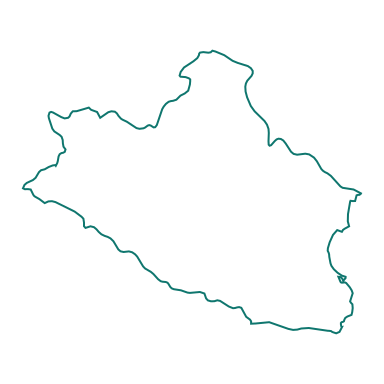 outline of Nghệ An
{"feature_id": "VNM-475", "entity_name": "Nghệ An", "entity_type": "Province", "adm_level": 1, "iso_a3": "VNM", "parent_name": "Vietnam", "parent_adm1": "", "projection": "robinson", "projection_center": [104.899, 19.281], "detail": "fine", "context": "isolated", "style": "outline", "palette": "teal", "viewbox_px": 384, "rotation_deg": 0, "n_neighbors": 0, "source": "natural_earth", "source_scale": "10m", "svg_char_len": 3349}
<svg xmlns="http://www.w3.org/2000/svg" viewBox="0 0 384 384"><path d="M208.4,52.7L210.7,52.3L212.4,50.7L215.4,51.5L224.3,55.2L232.6,60.8L237.7,62.9L247.9,66.1L250.9,68.2L252.7,70.9L252.7,73.4L251.5,75.9L247.3,80.7L245.9,83.5L245.3,86.7L245.6,91.6L247.1,97.3L250.8,106.0L254.6,111.3L264.5,121.0L267.0,124.7L268.5,128.9L268.8,133.0L268.5,141.2L268.7,144.7L269.6,145.7L271.1,145.2L274.8,141.0L276.6,139.4L278.5,138.7L280.9,139.0L283.3,140.5L285.7,143.5L291.0,151.7L293.6,153.9L297.1,154.7L305.3,153.7L309.2,154.4L314.0,157.6L316.9,161.3L321.3,169.0L323.0,170.8L324.9,172.1L327.4,173.3L330.9,175.9L340.4,186.4L342.6,187.8L353.6,189.5L361.0,193.4L360.8,193.8L359.5,194.8L357.9,194.9L356.6,195.3L355.1,201.0L352.9,201.1L350.5,200.8L350.1,201.8L348.0,214.1L347.8,221.3L349.1,226.3L344.7,228.7L343.0,229.9L341.9,231.8L337.2,230.1L333.0,234.9L329.7,242.2L327.9,248.2L327.7,250.8L328.6,252.6L329.1,254.3L329.3,256.9L330.5,263.3L331.4,265.8L333.8,269.2L337.5,272.7L341.8,275.6L345.6,276.8L345.6,278.0L343.2,280.9L342.5,279.1L341.5,277.8L340.1,277.0L338.4,276.8L340.3,281.4L340.8,282.3L341.9,282.7L344.9,282.4L346.2,283.0L349.8,287.3L351.7,290.4L352.7,293.2L350.1,301.4L350.9,302.7L352.4,304.3L352.7,308.1L352.2,312.2L351.5,314.9L347.4,316.5L345.3,317.9L344.4,319.6L343.9,321.3L342.8,321.9L341.6,322.2L340.9,323.0L340.9,324.3L341.2,326.0L341.6,327.2L342.0,327.1L339.5,331.9L336.2,333.3L332.3,332.0L331.1,331.1L328.9,330.8L328.0,330.8L308.8,328.0L301.3,328.5L297.3,329.6L293.1,329.9L288.4,328.9L269.2,322.2L255.6,323.5L251.1,323.7L251.1,321.3L250.0,319.6L246.2,316.8L241.3,307.8L239.1,307.1L237.1,307.4L235.1,308.0L233.0,308.2L228.8,306.5L220.1,300.9L217.3,300.3L214.4,301.2L211.0,301.3L207.9,300.4L206.1,298.4L204.4,293.5L199.9,292.0L189.9,292.9L187.5,292.6L180.9,290.3L173.8,289.2L171.8,288.4L170.4,287.1L168.4,283.8L167.5,282.7L165.8,282.0L162.5,281.7L160.7,281.2L158.1,279.2L153.4,274.0L150.9,271.9L145.1,268.5L143.1,266.4L137.2,256.6L135.1,254.3L132.2,252.3L128.9,251.4L123.6,252.0L120.5,251.3L118.3,249.4L113.4,241.2L110.5,238.4L107.7,236.9L104.7,235.9L101.4,234.3L98.7,231.9L96.5,229.3L94.0,227.2L90.5,226.3L85.5,227.9L84.0,226.2L84.0,222.6L83.4,218.7L81.6,216.8L74.7,211.6L55.5,202.1L52.0,201.2L48.4,201.4L44.7,203.1L39.4,199.1L35.0,196.6L33.8,195.6L33.0,194.2L30.7,189.5L27.9,189.1L24.8,189.2L23.0,188.3L24.5,184.9L26.8,182.9L33.0,180.0L35.6,177.8L39.0,172.1L41.1,170.2L44.7,169.3L48.7,167.0L52.8,165.4L55.3,165.1L55.8,165.8L57.3,162.9L57.8,161.0L58.6,156.4L59.7,154.2L61.4,153.1L63.3,152.7L64.8,151.8L65.5,149.4L63.5,146.7L62.9,143.4L62.7,140.0L61.6,136.8L59.7,135.0L54.3,131.4L52.3,128.6L48.9,118.2L48.5,115.8L49.5,112.6L51.1,111.9L53.0,112.5L61.3,117.1L64.6,118.4L68.1,117.8L69.5,116.5L70.8,113.6L71.9,112.3L72.8,111.3L76.6,111.2L83.8,109.1L88.8,107.6L91.1,109.8L97.1,112.0L100.2,117.8L108.3,112.2L111.4,111.3L114.9,111.7L116.9,113.4L118.5,115.9L120.9,118.6L122.4,119.6L126.8,121.7L136.5,128.1L139.5,128.8L143.5,128.3L145.0,127.6L147.7,125.6L149.2,125.1L150.7,125.5L153.6,127.4L155.2,127.2L156.8,125.1L162.2,109.2L163.7,106.6L165.9,103.9L168.6,101.8L170.8,101.1L173.1,100.8L176.4,99.7L180.5,95.6L184.7,93.5L188.2,90.7L189.9,84.5L190.2,81.2L190.2,79.4L188.9,78.3L185.6,77.1L180.5,76.7L179.6,75.6L180.7,71.9L184.0,67.5L193.4,61.3L197.3,58.1L198.9,55.3L199.2,53.6L200.0,52.6L203.3,52.1L208.4,52.7Z" fill="none" stroke="#0f766e" stroke-width="2"/></svg>